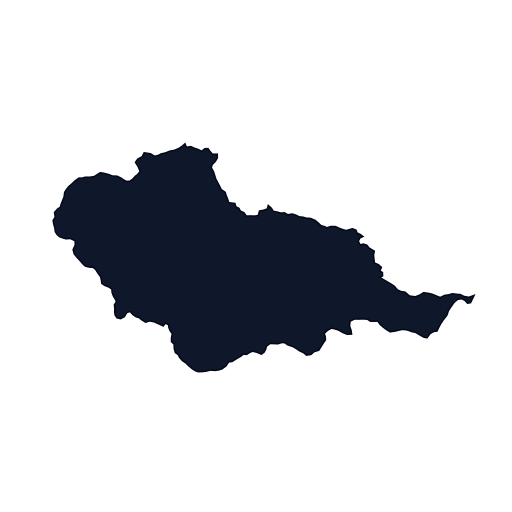 the district of Bocaina de Minas, Minas Gerais, Brazil, rotated 232°
{"feature_id": "56859067B74757046772552", "entity_name": "Bocaina de Minas", "entity_type": "district", "adm_level": 2, "iso_a3": "BRA", "parent_name": "Brazil", "parent_adm1": "Minas Gerais", "projection": "albers", "projection_center": [-44.499, -22.241], "detail": "fine", "context": "isolated", "style": "filled", "palette": "ink", "viewbox_px": 512, "rotation_deg": 232, "n_neighbors": 0, "source": "geoboundaries", "source_scale": "gbopen_adm2", "svg_char_len": 3795}
<svg xmlns="http://www.w3.org/2000/svg" viewBox="0 0 512 512"><g transform="rotate(232 256 256)"><path d="M189.4,169.2L187.6,172.2L187.1,177.5L186.4,182.3L186.5,185.5L184.2,188.1L184.0,191.3L183.1,194.7L179.5,197.5L175.3,199.8L175.3,203.3L176.6,206.2L178.5,208.7L178.4,213.2L176.0,216.1L173.4,219.1L171.9,223.1L169.7,225.5L166.8,226.1L164.2,227.8L161.8,229.4L158.2,230.8L154.6,231.9L150.7,233.9L146.7,234.8L144.6,238.7L144.9,242.8L143.1,247.4L144.6,251.6L146.0,255.4L147.1,259.1L149.9,260.9L153.0,262.1L153.4,266.4L152.8,270.8L150.4,273.0L147.4,275.1L144.8,276.3L141.7,277.6L138.2,279.7L135.6,283.2L138.8,285.1L143.1,286.5L146.7,289.9L145.7,294.9L143.6,297.4L140.5,301.6L137.6,304.9L134.4,305.9L132.2,308.4L129.7,311.9L125.6,311.7L122.0,312.4L118.1,313.4L113.7,315.0L111.0,319.7L109.6,323.0L108.0,326.2L105.3,329.1L102.9,330.8L100.3,332.4L97.7,334.7L94.9,335.8L91.5,337.1L88.5,338.4L86.3,340.4L87.7,345.4L87.1,349.6L85.4,352.4L87.1,355.7L88.9,359.7L90.4,364.2L91.8,369.9L94.5,374.0L95.9,378.1L97.5,383.4L97.7,388.2L95.6,391.9L92.1,393.4L88.6,393.6L87.1,396.3L90.7,403.6L92.4,398.3L96.1,395.0L99.9,393.2L102.3,390.5L105.3,387.6L106.8,383.8L108.7,380.7L109.9,375.6L114.4,373.0L117.4,371.3L120.5,368.8L123.9,365.5L124.4,361.0L125.8,356.4L130.0,352.3L135.7,351.2L139.0,348.2L142.4,346.5L146.9,346.4L151.1,345.0L153.8,343.9L158.4,342.1L162.7,340.4L162.4,343.5L165.0,345.4L168.2,344.5L169.8,347.8L173.8,347.1L177.7,345.0L181.2,347.2L184.4,349.2L187.0,352.2L192.7,350.0L196.2,350.0L199.4,347.9L200.4,345.0L204.6,345.6L206.3,349.0L205.5,352.3L208.8,351.4L211.9,349.8L214.8,350.7L218.2,348.7L220.3,343.0L222.6,341.1L226.3,338.8L230.2,336.8L233.1,333.3L234.6,329.2L237.1,328.0L239.9,325.9L244.0,325.3L247.7,324.5L252.2,322.0L254.5,319.2L257.9,316.7L260.2,314.2L263.4,312.7L266.7,310.5L268.9,306.5L272.5,305.0L274.6,301.9L277.3,300.0L280.7,297.1L284.2,297.5L288.3,296.8L286.1,293.9L287.5,289.9L289.3,286.5L286.5,282.6L288.5,279.2L290.6,276.8L293.4,273.0L297.6,273.1L301.2,271.3L304.1,271.9L307.3,270.4L310.4,271.7L314.8,267.3L318.5,268.7L321.8,269.6L325.2,270.9L329.8,269.5L334.1,270.4L341.5,271.7L348.6,274.4L353.2,275.1L355.1,277.9L355.6,282.1L357.1,285.9L360.1,288.2L363.0,284.3L367.4,284.1L370.2,284.3L372.0,281.8L372.0,277.7L375.9,275.8L378.8,273.8L382.2,272.1L384.6,268.1L388.2,269.1L387.9,265.9L388.2,261.7L389.5,256.7L391.6,252.8L393.0,248.0L394.9,244.0L395.4,241.0L397.0,237.5L401.5,235.8L404.0,233.5L406.2,231.4L404.3,227.5L405.2,222.5L404.0,218.7L399.0,218.2L394.0,216.8L393.1,213.2L393.1,210.2L392.4,205.9L392.6,202.4L394.6,199.8L397.7,198.4L400.5,197.6L404.5,195.6L407.3,192.2L411.1,189.9L414.4,187.4L417.5,184.6L417.9,180.7L418.2,177.4L420.5,173.4L423.2,170.0L424.4,166.9L426.4,164.5L426.6,159.5L426.1,155.0L426.0,151.4L425.2,147.9L424.0,144.5L420.6,141.0L418.3,137.0L416.7,134.3L414.9,131.8L415.2,128.5L414.4,124.1L410.3,121.8L408.9,118.0L405.9,116.4L402.0,114.8L398.6,112.8L395.4,112.5L392.1,113.1L389.3,114.9L386.5,116.9L384.2,120.4L379.3,122.9L375.9,120.3L373.6,115.8L369.7,114.1L365.8,114.1L360.1,114.6L355.8,114.8L352.9,115.4L349.8,117.9L347.3,120.7L344.0,121.4L339.6,120.9L335.2,120.8L331.8,119.1L329.3,117.6L325.8,118.8L322.1,121.0L318.7,122.1L315.9,120.2L312.2,119.0L308.6,118.6L305.9,117.9L304.7,114.4L301.4,112.3L298.9,110.2L296.3,108.7L292.9,108.4L290.0,110.7L289.3,114.9L291.0,119.5L289.8,122.6L285.4,123.0L281.9,124.1L279.5,125.9L276.1,126.7L271.8,128.2L270.4,132.1L266.9,135.2L261.6,138.0L258.0,139.8L258.8,143.3L255.7,144.8L253.0,143.2L250.2,142.4L246.3,142.2L243.4,138.9L240.5,136.7L236.9,137.2L233.4,134.6L229.5,133.0L226.4,134.0L223.1,133.4L218.9,133.6L214.9,134.9L210.1,135.5L206.1,136.5L203.0,137.6L200.4,139.2L197.9,142.6L196.0,145.7L194.2,149.8L190.9,153.5L189.1,156.7L188.0,159.8L187.9,164.8L189.4,169.2Z" fill="#0f172a" stroke="#020617" stroke-width="1.5"/></g></svg>